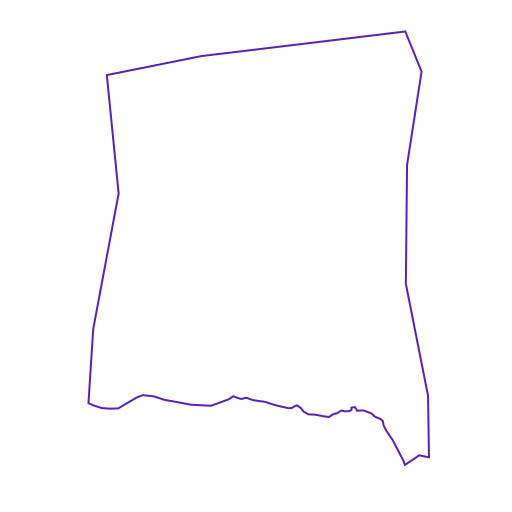 the district of Boma, Bas-Congo, Democratic Republic of the Congo, rotated 357°
{"feature_id": "63176286B538038850114", "entity_name": "Boma", "entity_type": "district", "adm_level": 2, "iso_a3": "COD", "parent_name": "Democratic Republic of the Congo", "parent_adm1": "Bas-Congo", "projection": "equal_earth", "projection_center": [13.06, -5.819], "detail": "fine", "context": "isolated", "style": "outline", "palette": "violet", "viewbox_px": 512, "rotation_deg": 357, "n_neighbors": 0, "source": "geoboundaries", "source_scale": "gbopen_adm2", "svg_char_len": 950}
<svg xmlns="http://www.w3.org/2000/svg" viewBox="0 0 512 512"><g transform="rotate(357 256 256)"><path d="M393.7,472.4L398.7,469.5L408.5,463.6L418.2,466.1L420.5,404.7L404.2,291.6L411.6,173.1L431.0,80.5L416.8,39.6L211.8,53.5L116.5,67.5L122.1,186.4L89.6,320.5L81.0,394.2L85.6,396.6L94.1,399.8L102.1,400.8L110.4,401.0L130.2,390.7L135.9,389.1L146.5,390.8L157.2,394.9L170.6,398.0L183.1,401.1L203.4,403.2L221.2,397.7L226.0,394.9L231.6,397.3L233.9,398.0L238.9,397.0L245.3,399.7L251.9,401.1L257.5,402.1L265.3,405.2L272.9,407.6L280.6,409.7L283.6,409.7L286.1,408.3L289.2,407.3L292.7,410.0L295.3,413.8L300.1,416.9L306.5,417.5L315.1,419.6L320.4,420.6L324.5,418.2L329.0,417.2L333.1,414.8L336.7,415.8L341.0,415.8L343.3,414.8L343.3,412.4L346.8,412.1L347.6,413.1L348.8,415.8L355.2,415.8L363.1,419.3L366.4,422.7L371.9,425.4L374.0,427.5L374.5,431.6L377.0,437.4L382.9,447.0L387.7,457.6L392.8,468.9L393.7,472.4Z" fill="none" stroke="#5b21b6" stroke-width="2"/></g></svg>